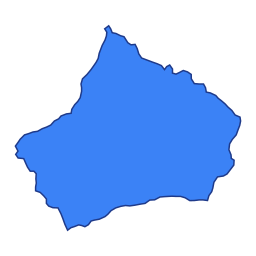 Pirangi, São Paulo, Brazil
{"feature_id": "56859067B58316114488651", "entity_name": "Pirangi", "entity_type": "district", "adm_level": 2, "iso_a3": "BRA", "parent_name": "Brazil", "parent_adm1": "São Paulo", "projection": "natural_earth1", "projection_center": [-48.674, -21.085], "detail": "fine", "context": "isolated", "style": "filled", "palette": "blue", "viewbox_px": 256, "rotation_deg": 0, "n_neighbors": 0, "source": "geoboundaries", "source_scale": "gbopen_adm2", "svg_char_len": 1829}
<svg xmlns="http://www.w3.org/2000/svg" viewBox="0 0 256 256"><path d="M67.6,230.2L70.9,227.7L74.6,226.5L78.7,224.9L81.7,225.5L84.9,226.7L88.4,224.7L91.1,221.0L94.4,220.1L99.3,219.2L105.0,216.6L107.8,214.3L111.1,210.6L115.7,207.9L120.9,206.3L125.5,205.5L129.8,205.9L134.7,205.2L140.5,204.1L145.1,203.4L149.7,200.1L154.7,199.8L160.0,197.0L164.7,196.6L171.8,196.2L176.2,196.4L180.6,196.4L185.2,197.8L189.8,200.6L194.3,200.5L199.3,199.9L202.8,199.9L207.5,200.5L208.9,195.6L211.7,191.7L212.8,188.1L213.9,182.3L217.5,176.9L223.4,176.0L227.0,174.0L233.8,165.1L234.1,160.2L231.3,158.4L231.0,154.8L228.9,149.7L229.6,143.9L232.3,139.4L236.2,134.9L238.0,129.9L239.7,125.5L240.6,121.0L240.0,117.1L235.1,115.0L231.9,110.5L227.8,106.9L225.3,104.1L221.7,101.0L218.2,98.3L215.8,95.5L210.3,92.9L206.3,92.1L205.5,87.7L203.5,84.0L199.0,84.0L194.3,83.6L191.3,78.8L191.2,74.4L187.5,71.9L183.3,70.5L179.0,72.7L176.0,74.1L172.5,73.1L172.5,69.0L169.7,65.0L166.7,66.6L164.5,69.6L161.4,65.6L157.3,63.8L152.2,62.0L146.6,59.9L141.6,58.0L138.8,53.9L137.2,48.6L135.1,44.4L131.0,44.8L127.8,42.7L125.9,39.7L124.0,36.7L120.5,35.7L116.0,33.5L112.2,32.7L110.7,28.9L108.7,25.8L104.7,28.8L106.8,32.2L106.4,36.0L105.0,40.1L102.2,45.4L99.2,53.3L98.2,58.4L96.2,62.2L94.0,65.4L91.1,69.5L87.0,74.5L82.5,78.8L81.0,84.0L81.6,87.6L81.6,91.3L80.2,97.7L77.8,101.4L74.7,104.7L71.8,109.3L71.1,113.3L66.4,113.9L61.0,116.0L58.7,118.8L54.4,121.0L50.7,125.1L46.5,127.1L42.2,128.7L37.6,131.3L32.9,132.0L29.0,133.5L24.5,134.9L20.2,139.2L18.2,142.2L15.4,146.1L18.0,151.1L15.7,154.4L18.1,158.0L23.7,158.6L25.8,163.4L27.5,167.1L30.2,171.2L33.9,171.2L36.2,173.7L35.9,178.9L36.3,183.1L35.6,187.0L35.6,190.8L40.2,192.4L43.7,195.8L46.4,199.0L46.4,203.4L48.7,206.1L52.9,207.7L58.0,207.9L60.9,213.6L62.8,218.4L64.9,224.3L67.6,230.2Z" fill="#3b82f6" stroke="#1e3a8a" stroke-width="1.5"/></svg>